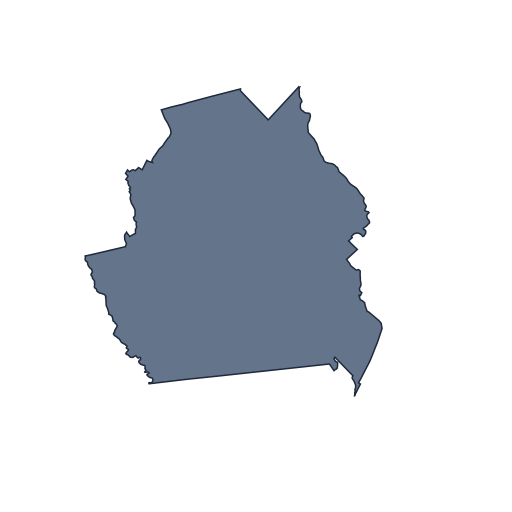 outline of Doctor González, Nuevo León, Mexico, rotated 213°
{"feature_id": "50627088B24522967605767", "entity_name": "Doctor González", "entity_type": "district", "adm_level": 2, "iso_a3": "MEX", "parent_name": "Mexico", "parent_adm1": "Nuevo León", "projection": "mercator", "projection_center": [-99.796, 25.845], "detail": "fine", "context": "isolated", "style": "filled", "palette": "slate", "viewbox_px": 512, "rotation_deg": 213, "n_neighbors": 0, "source": "geoboundaries", "source_scale": "gbopen_adm2", "svg_char_len": 6110}
<svg xmlns="http://www.w3.org/2000/svg" viewBox="0 0 512 512"><g transform="rotate(213 256 256)"><path d="M399.3,163.0L398.3,161.9L397.8,160.5L396.7,159.4L396.0,159.1L394.0,159.1L393.3,158.2L392.6,157.4L391.0,156.3L388.8,155.5L388.1,155.3L387.0,155.5L386.1,154.9L385.7,154.5L384.5,153.5L384.4,150.8L384.1,150.3L383.6,150.0L382.0,149.4L381.3,148.5L380.9,148.2L377.6,147.0L377.4,146.7L376.9,145.4L376.0,144.6L374.6,141.8L373.6,141.4L372.3,141.4L371.7,141.1L370.3,140.0L369.4,139.7L366.8,139.8L365.3,140.4L362.7,141.0L361.8,141.0L361.0,140.9L360.5,140.4L359.9,140.4L359.4,139.1L358.5,138.2L355.5,134.0L354.8,133.1L354.0,132.4L352.4,131.5L351.5,130.6L350.4,129.9L348.5,128.2L348.3,127.7L348.0,127.1L347.4,126.9L346.5,127.2L345.4,127.3L344.4,127.1L343.7,127.1L342.9,126.1L342.3,125.7L341.2,124.5L340.7,123.8L339.9,123.6L338.4,123.6L337.5,122.9L336.3,122.9L334.9,122.2L334.5,121.9L334.2,121.3L334.0,119.5L334.0,117.9L333.9,116.5L333.6,115.9L333.0,115.0L333.4,114.0L333.2,113.3L333.0,112.9L332.8,112.8L331.3,112.2L330.3,112.3L329.4,112.2L328.5,112.2L327.5,112.0L326.0,112.0L325.0,111.8L324.6,111.7L323.4,111.0L321.8,110.3L319.3,110.4L318.8,110.4L318.0,110.6L317.4,110.6L316.6,110.3L315.7,110.4L315.3,110.3L315.1,110.1L315.0,109.9L314.8,109.2L314.8,108.4L314.7,108.2L314.3,108.1L312.6,108.1L312.0,108.0L311.8,107.7L311.7,107.2L312.1,105.0L312.1,103.5L311.9,103.2L311.2,103.0L310.7,103.0L309.7,103.4L307.6,103.0L306.5,102.7L305.7,102.9L304.3,103.7L304.0,104.0L302.8,106.5L302.6,106.7L301.8,106.9L300.8,106.4L299.8,106.2L299.4,106.2L299.0,106.5L298.3,107.7L298.1,107.9L297.7,107.9L297.2,107.5L296.9,107.2L296.4,106.1L296.4,105.9L297.0,105.2L297.0,104.4L297.0,103.9L296.8,103.7L296.2,103.0L295.1,102.7L293.6,102.4L291.1,103.0L290.0,103.6L289.5,103.5L289.2,103.3L288.7,102.7L287.9,101.1L287.6,100.9L286.6,100.7L286.0,100.2L286.2,98.5L286.1,98.0L285.5,98.1L284.2,99.4L282.9,100.0L282.5,100.0L282.0,99.8L281.9,99.5L282.2,98.7L282.7,97.9L282.9,97.5L282.8,97.0L282.6,96.8L280.6,96.3L279.6,96.3L279.2,96.4L278.6,96.4L276.8,97.0L276.4,96.9L275.4,96.5L274.9,95.9L274.7,95.4L274.6,94.6L274.4,92.7L274.5,92.6L276.1,92.0L276.7,91.5L276.8,91.3L276.8,91.2L276.5,90.9L276.1,90.6L247.5,114.4L221.0,135.8L135.6,205.4L128.1,202.3L128.0,203.2L127.0,205.0L126.8,205.8L127.3,207.3L128.3,209.3L129.6,211.1L130.7,211.1L131.8,210.8L134.4,212.1L134.8,212.7L134.7,214.1L109.4,208.3L109.4,207.5L109.3,206.8L109.1,206.4L108.7,205.8L105.2,204.2L104.3,203.4L103.4,203.0L101.7,201.4L100.7,199.7L100.3,197.8L99.3,196.8L98.9,195.6L98.6,194.9L97.8,193.6L97.0,191.8L97.2,193.4L97.5,194.2L98.7,205.5L101.0,205.5L101.2,209.6L103.3,230.4L107.2,250.0L110.8,263.9L114.4,267.8L117.8,268.8L125.0,269.7L130.5,270.4L132.6,270.3L132.7,270.1L137.2,273.7L138.5,274.9L139.2,275.8L139.6,276.1L141.0,276.2L143.0,276.4L144.3,276.0L144.7,276.1L148.0,278.9L148.1,279.1L148.2,279.4L148.1,279.5L146.9,279.7L147.3,282.9L149.9,283.3L151.5,284.9L151.6,285.3L152.0,288.4L152.8,289.9L155.1,292.3L156.3,294.1L157.1,295.0L157.2,295.4L158.3,296.7L160.0,299.5L160.5,300.2L162.6,300.5L164.2,298.8L164.4,298.8L165.1,298.8L169.2,299.2L171.7,299.6L173.6,300.8L175.5,301.4L177.1,302.1L178.2,302.5L174.6,316.7L183.5,318.4L184.8,318.7L185.0,318.9L186.6,319.0L185.3,323.8L186.4,324.0L186.3,324.3L186.5,324.6L186.4,325.3L186.0,327.6L185.1,329.0L184.1,330.0L183.4,330.5L182.5,330.9L181.4,331.2L179.6,331.2L178.2,330.9L177.7,330.6L176.9,330.6L176.6,331.0L176.4,331.5L176.3,331.9L176.5,333.7L176.5,333.9L176.3,334.3L176.8,335.6L177.4,336.5L177.9,336.9L178.8,337.2L179.1,337.2L179.5,336.9L180.2,336.9L180.8,337.1L181.0,337.4L181.0,337.8L180.6,339.0L179.7,341.0L179.4,342.9L179.4,343.5L179.0,344.7L178.9,345.4L179.0,345.9L179.2,346.3L179.9,346.9L181.0,347.6L182.4,347.8L183.4,348.4L185.1,350.0L185.2,350.4L185.3,351.7L184.9,353.4L184.9,353.8L185.0,354.1L185.5,354.2L186.1,354.2L188.0,353.5L188.5,353.4L189.5,353.5L189.8,353.9L190.0,354.5L190.2,356.3L190.4,357.1L190.8,357.9L191.7,358.4L194.0,359.3L195.4,360.3L196.0,361.1L196.9,363.4L200.9,364.7L202.1,364.8L206.7,366.9L208.0,367.4L209.9,367.7L213.5,367.7L216.0,367.8L219.4,368.7L220.5,369.5L221.5,369.9L222.6,370.4L224.3,370.8L226.2,371.2L232.1,371.9L232.8,372.3L233.1,372.6L235.0,374.0L235.9,374.6L237.6,374.6L239.6,375.1L241.2,375.1L242.6,374.8L245.2,373.6L247.1,373.0L247.9,372.7L248.9,372.6L250.9,372.9L253.8,375.3L255.5,375.7L257.0,376.4L260.7,378.7L264.3,381.8L266.4,383.4L267.4,384.0L268.0,384.1L269.2,384.7L269.7,385.1L271.0,385.8L277.8,387.5L278.8,387.9L279.9,388.6L280.3,389.1L280.8,390.0L281.4,390.5L282.6,392.1L284.1,394.2L284.5,395.2L284.8,396.5L285.0,398.9L285.4,399.7L286.5,402.8L287.0,403.5L287.9,404.4L288.6,404.7L289.6,404.5L290.2,404.2L290.6,403.8L291.4,403.5L292.4,403.0L293.0,402.9L294.2,402.9L295.0,403.2L297.1,403.1L298.0,403.4L299.0,404.0L300.3,405.5L301.7,408.2L301.7,408.9L301.5,409.5L301.6,410.1L301.7,410.6L302.2,411.0L302.5,411.4L303.1,411.8L306.4,413.3L306.8,414.0L308.1,415.5L308.7,416.8L309.5,417.7L310.5,419.0L311.2,420.6L311.4,421.4L311.8,420.8L312.3,421.1L319.9,376.8L359.1,386.1L359.2,386.3L360.0,387.7L380.3,365.6L395.9,348.3L401.4,341.8L401.8,341.6L408.3,334.7L415.0,327.0L407.4,321.6L402.6,319.4L396.9,315.8L394.2,312.8L393.6,309.0L393.7,308.3L394.0,307.4L394.3,300.8L394.2,297.8L395.4,293.1L395.5,286.8L395.7,286.5L395.3,285.3L395.8,283.3L395.5,281.9L395.6,280.9L395.1,279.0L393.7,278.0L397.9,276.8L399.6,276.8L398.4,266.3L399.3,266.3L399.8,266.2L402.6,266.3L403.8,261.8L404.4,261.7L405.9,261.5L407.1,260.1L407.7,258.4L408.1,257.7L410.6,258.2L410.4,254.2L406.8,253.3L406.9,249.4L403.7,248.9L403.3,247.7L403.0,247.3L401.1,245.9L398.4,244.9L398.8,243.3L397.1,242.6L397.4,240.9L395.1,239.8L394.5,239.4L392.8,235.6L391.5,234.4L389.8,232.9L388.6,232.0L387.7,231.8L382.7,228.9L379.4,224.0L379.7,221.6L379.4,221.5L378.2,220.2L377.5,219.8L376.9,219.5L374.7,219.4L374.6,218.7L374.0,217.6L373.5,216.9L372.4,215.9L371.9,215.1L371.6,214.1L371.6,212.6L369.4,209.3L370.4,207.7L372.5,203.6L375.4,204.6L376.6,205.0L377.5,205.5L377.6,202.3L377.1,201.2L376.6,200.4L375.1,198.4L374.3,197.8L371.5,195.9L371.2,195.3L370.6,192.7L394.6,167.7L397.9,164.3L399.3,163.0Z" fill="#64748b" stroke="#1e293b" stroke-width="1.5"/></g></svg>